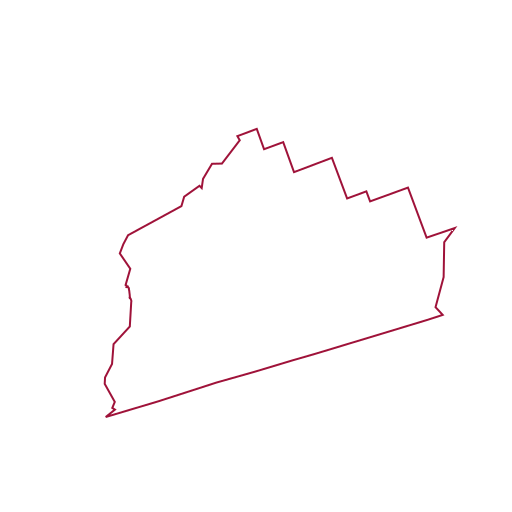 Gadsden, Florida, United States of America (Natural Earth projection), rotated 160°
{"feature_id": "52423323B51535248954707", "entity_name": "Gadsden", "entity_type": "district", "adm_level": 2, "iso_a3": "USA", "parent_name": "United States of America", "parent_adm1": "Florida", "projection": "natural_earth1", "projection_center": [-84.522, 30.55], "detail": "fine", "context": "isolated", "style": "outline", "palette": "rose", "viewbox_px": 512, "rotation_deg": 160, "n_neighbors": 0, "source": "geoboundaries", "source_scale": "gbopen_adm2", "svg_char_len": 1001}
<svg xmlns="http://www.w3.org/2000/svg" viewBox="0 0 512 512"><g transform="rotate(160 256 256)"><path d="M393.1,152.7L336.4,150.6L299.8,147.9L297.1,147.7L256.7,145.4L233.4,143.8L117.8,137.4L101.4,136.8L100.7,136.8L104.8,146.5L86.9,172.0L74.4,204.6L59.7,214.3L89.4,214.9L89.8,268.3L130.1,268.3L130.2,279.0L150.7,278.9L151.1,322.3L191.6,321.8L191.5,353.7L211.9,353.6L211.8,375.2L232.5,375.0L231.7,370.3L256.4,354.5L265.8,357.7L279.4,346.6L283.8,338.4L285.1,341.3L303.2,336.3L309.0,328.4L369.1,319.3L376.6,312.5L383.1,305.0L378.5,287.0L388.5,273.3L388.5,273.0L387.8,272.6L387.7,272.1L387.7,271.5L388.2,271.0L387.8,270.8L386.9,271.0L386.8,270.1L386.5,269.5L386.6,268.6L386.9,267.9L387.0,266.7L387.4,265.1L388.0,262.5L388.5,261.0L388.5,260.4L389.0,260.1L389.0,259.5L388.6,259.2L388.4,258.5L388.5,256.3L388.9,255.6L398.7,232.9L420.0,221.9L428.2,203.8L439.4,193.5L441.9,187.6L438.6,167.2L443.0,162.4L441.1,159.9L452.3,156.1L396.5,152.8L393.1,152.7Z" fill="none" stroke="#9f1239" stroke-width="2"/></g></svg>